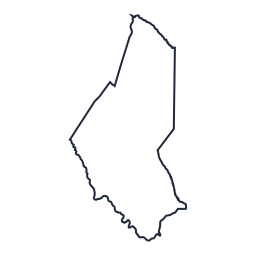 Guija, Gaza, Mozambique (Equal Earth projection)
{"feature_id": "85939544B1211152631593", "entity_name": "Guija", "entity_type": "district", "adm_level": 2, "iso_a3": "MOZ", "parent_name": "Mozambique", "parent_adm1": "Gaza", "projection": "equal_earth", "projection_center": [33.226, -24.142], "detail": "fine", "context": "isolated", "style": "outline", "palette": "slate", "viewbox_px": 256, "rotation_deg": 0, "n_neighbors": 0, "source": "geoboundaries", "source_scale": "gbopen_adm2", "svg_char_len": 5836}
<svg xmlns="http://www.w3.org/2000/svg" viewBox="0 0 256 256"><path d="M174.9,47.7L174.2,47.6L173.8,47.9L173.5,47.7L172.9,47.7L172.5,48.0L172.4,48.0L172.1,47.7L172.2,47.4L172.1,47.1L171.8,46.8L171.5,46.3L170.9,46.4L170.0,45.5L169.8,45.0L169.6,44.8L169.1,44.8L168.9,44.4L168.6,44.4L168.4,43.8L168.3,43.6L168.2,43.1L167.9,42.8L167.7,42.8L167.6,42.3L167.2,42.3L167.0,42.0L166.9,41.9L166.9,41.2L166.5,40.7L166.4,39.9L166.2,39.8L166.1,39.6L165.8,39.5L165.1,39.7L164.7,39.6L164.3,39.0L163.8,37.8L163.4,37.3L163.0,36.7L161.7,35.7L161.2,34.5L159.5,33.6L158.3,31.9L158.0,31.8L157.7,31.6L157.6,30.6L157.0,29.5L156.7,29.2L155.7,29.0L155.2,28.6L154.6,27.7L154.3,27.0L154.3,26.6L154.0,26.1L152.4,24.9L151.2,24.3L150.9,24.0L150.6,23.4L150.3,23.2L149.4,22.9L148.4,22.3L147.5,22.1L147.0,22.1L146.6,21.9L146.5,21.6L146.1,20.8L145.1,20.6L144.7,20.1L143.7,20.1L142.8,19.4L142.3,19.2L141.5,18.3L140.5,18.1L139.5,17.6L139.0,16.9L138.9,16.6L138.9,16.0L138.7,15.6L137.8,15.4L137.4,15.4L137.2,15.6L136.6,15.7L136.3,15.8L135.9,15.8L135.1,16.2L135.0,16.5L135.0,16.9L134.8,17.2L134.5,17.2L134.2,17.2L133.0,16.6L132.5,15.9L132.2,15.6L131.8,15.5L133.4,17.2L132.7,18.4L132.6,19.0L132.7,20.0L132.8,20.8L132.8,21.5L132.7,22.0L132.2,22.8L131.4,23.8L130.8,25.2L130.6,25.8L130.6,26.9L130.8,28.0L131.0,28.7L131.8,30.5L131.9,32.3L131.8,32.8L131.0,34.8L130.7,35.3L130.2,35.9L129.8,36.4L120.9,64.9L114.8,85.7L114.7,86.0L114.1,85.4L112.8,84.8L112.0,84.2L111.9,84.0L110.7,82.8L110.3,82.5L110.0,82.1L99.2,96.9L94.8,101.2L81.6,121.5L69.9,139.6L70.6,139.8L70.8,140.0L71.2,140.5L71.5,141.5L71.5,142.4L71.9,143.2L72.4,143.8L73.5,144.5L73.7,144.9L73.7,145.3L73.3,145.7L73.2,146.1L73.2,146.4L73.3,146.7L73.8,147.2L74.0,147.3L74.8,147.2L75.2,147.5L75.3,148.0L75.4,148.6L75.0,149.4L74.9,149.9L76.1,150.7L76.4,151.4L76.4,151.9L75.9,152.6L75.9,153.3L76.0,153.7L76.5,154.4L77.1,154.7L77.8,154.7L78.4,155.0L79.9,156.9L80.7,159.0L82.0,160.5L82.4,161.4L82.8,162.4L83.0,163.3L83.5,164.5L83.5,165.3L83.7,166.1L83.9,166.4L84.9,167.0L85.7,167.5L86.1,167.9L86.1,168.1L86.3,168.6L86.5,170.5L86.4,172.3L86.7,172.8L87.6,173.9L87.5,174.2L87.2,174.7L87.1,175.0L87.1,176.1L87.4,177.2L87.9,178.1L88.4,178.8L89.7,179.4L89.9,180.2L90.0,180.7L89.7,181.8L89.6,182.6L89.7,183.3L90.1,184.2L90.3,184.8L90.8,185.4L91.2,185.6L92.1,186.8L92.8,187.5L93.6,188.4L94.0,189.3L94.2,190.1L94.3,190.6L94.5,191.4L94.7,193.0L94.6,195.0L94.0,197.6L94.1,198.5L94.3,198.9L94.6,199.2L95.1,199.6L95.7,199.7L96.3,199.8L96.7,199.6L97.4,199.0L98.7,199.0L100.2,198.6L101.2,198.1L101.6,197.8L102.3,196.9L102.8,196.5L103.8,196.0L104.6,196.1L105.5,195.9L106.5,196.3L107.2,196.8L107.5,197.0L107.8,197.9L108.1,199.1L108.1,199.9L108.3,200.4L109.0,201.1L109.3,201.3L110.4,201.7L111.0,201.8L111.2,202.1L111.6,202.8L112.4,205.0L113.5,206.1L114.0,206.2L114.2,206.3L114.4,206.6L114.9,209.5L115.1,210.4L115.6,211.1L116.2,211.7L116.4,211.8L117.5,212.0L118.0,212.4L119.1,212.7L119.4,212.7L120.1,212.5L120.4,212.6L120.6,212.8L121.0,213.9L121.3,214.3L122.1,214.5L122.3,214.7L123.0,214.8L123.3,215.0L123.5,215.2L123.7,216.6L123.6,217.0L123.2,217.9L122.8,218.5L122.3,219.0L121.9,219.8L121.9,220.2L121.9,220.9L122.4,221.8L123.1,222.1L123.6,222.0L123.9,222.2L124.1,222.7L124.4,222.8L125.0,222.5L125.3,222.2L126.1,222.0L126.2,221.8L126.5,221.7L127.1,220.8L127.6,220.3L128.3,220.1L128.7,220.3L129.6,221.6L129.8,222.7L129.7,223.5L129.2,224.8L128.8,225.6L128.7,226.4L128.6,227.0L128.9,227.5L129.1,227.6L129.4,227.6L129.9,227.5L131.7,226.5L132.4,226.2L132.6,226.2L132.9,226.6L133.8,227.1L134.4,227.9L135.1,228.4L135.5,228.9L135.8,229.6L135.9,230.0L136.0,232.3L136.4,233.2L137.4,234.4L137.6,234.9L138.3,235.3L138.8,236.7L139.2,237.1L139.9,237.4L141.7,237.1L143.4,237.2L143.8,237.4L144.8,238.0L145.1,238.4L145.7,238.9L146.5,239.8L147.3,240.3L149.1,240.6L149.4,240.5L150.4,239.6L150.8,239.3L151.4,238.7L152.5,238.4L153.4,238.4L154.0,238.1L155.2,236.3L155.4,235.9L155.7,235.4L156.6,234.4L157.3,234.2L157.9,234.4L158.8,234.8L159.8,235.6L160.0,235.3L160.4,235.0L159.6,233.1L158.8,232.6L158.9,231.6L159.3,229.2L159.6,228.0L160.0,227.4L159.9,227.0L160.3,224.0L160.1,222.6L160.4,221.6L160.7,221.0L161.5,220.4L161.9,220.4L162.5,219.5L163.2,219.3L164.0,218.1L164.9,217.3L166.1,215.7L167.1,215.6L170.6,214.8L171.0,214.6L171.7,214.0L173.6,213.0L174.3,212.9L175.0,212.7L175.5,212.0L175.9,211.6L177.1,210.1L177.8,208.9L185.8,208.9L185.9,208.3L186.1,207.3L185.9,206.1L186.0,205.1L185.9,204.7L185.7,204.3L185.3,203.9L184.5,203.5L183.3,203.0L182.3,202.1L181.1,201.8L179.8,201.8L179.6,201.4L179.1,200.3L179.0,200.2L178.6,200.3L178.4,200.2L178.4,199.9L178.2,199.6L177.9,199.5L178.0,199.3L178.2,199.2L178.3,198.6L178.2,198.1L177.9,198.0L177.5,198.0L177.1,197.9L176.6,196.9L176.6,196.2L176.3,196.1L176.0,195.7L175.7,195.7L175.3,195.0L175.3,194.8L175.0,194.4L175.0,194.2L175.2,193.7L175.0,193.4L174.8,192.2L174.6,192.0L174.5,191.0L174.6,190.6L174.6,190.2L174.3,189.8L174.4,189.5L174.3,189.3L174.1,188.8L174.1,188.7L174.0,187.8L173.8,187.1L173.7,186.3L173.3,185.8L173.4,185.7L173.3,185.2L173.2,185.0L173.2,184.7L173.2,184.4L173.0,184.0L173.0,183.7L172.7,183.6L172.8,183.2L172.6,182.9L172.4,182.8L172.3,182.7L172.3,182.2L172.4,181.9L172.4,181.0L172.3,180.7L172.0,180.5L171.7,180.0L171.7,179.3L171.4,178.7L171.5,178.6L171.4,178.3L171.4,178.1L171.2,178.0L171.1,177.5L170.9,177.6L170.9,176.8L170.7,176.7L170.7,176.4L170.4,176.2L170.3,175.9L170.2,175.9L170.1,175.0L169.8,174.8L169.6,174.2L169.2,173.9L169.1,173.4L168.7,173.0L168.2,172.3L168.0,171.3L167.5,170.7L167.3,169.8L165.8,168.6L165.1,167.6L165.0,166.9L164.6,166.3L164.4,166.0L164.1,165.9L163.7,165.6L163.2,165.0L162.8,164.3L162.5,164.1L162.2,163.3L161.6,162.2L161.4,161.5L161.1,161.2L160.4,160.0L159.8,159.0L159.7,158.6L159.5,158.4L158.8,156.4L158.7,155.0L158.6,154.7L158.6,154.4L158.5,153.9L158.3,153.6L158.2,153.3L158.2,152.4L158.0,151.0L157.6,150.3L173.8,128.9L174.9,47.7Z" fill="none" stroke="#1e293b" stroke-width="2"/></svg>